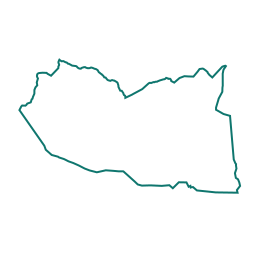 San Bernardo Mixtepec, Oaxaca, Mexico, rotated 355°
{"feature_id": "50627088B25547762924420", "entity_name": "San Bernardo Mixtepec", "entity_type": "district", "adm_level": 2, "iso_a3": "MEX", "parent_name": "Mexico", "parent_adm1": "Oaxaca", "projection": "robinson", "projection_center": [-96.925, 16.845], "detail": "fine", "context": "isolated", "style": "outline", "palette": "teal", "viewbox_px": 256, "rotation_deg": 355, "n_neighbors": 0, "source": "geoboundaries", "source_scale": "gbopen_adm2", "svg_char_len": 2713}
<svg xmlns="http://www.w3.org/2000/svg" viewBox="0 0 256 256"><g transform="rotate(355 128 128)"><path d="M231.5,74.2L231.0,74.6L230.2,74.5L229.4,74.6L228.1,74.9L227.2,75.2L216.4,85.0L213.7,82.2L212.5,80.4L212.2,79.9L212.1,79.2L210.5,77.5L208.3,75.6L207.4,75.3L204.4,75.5L202.3,77.9L197.7,82.5L192.7,81.9L188.7,81.3L183.7,82.7L178.0,86.8L175.2,85.0L175.1,84.1L174.5,82.9L174.1,82.6L173.5,82.6L172.7,82.6L172.1,82.3L172.0,82.0L171.6,81.9L170.4,81.4L170.3,81.5L169.3,82.3L168.4,82.6L167.6,82.6L163.3,83.5L162.7,83.8L161.8,84.0L161.0,84.4L159.6,84.3L159.0,84.4L158.3,84.7L157.7,84.6L157.4,84.5L154.9,85.2L153.9,84.9L153.5,84.9L152.5,85.3L145.6,90.5L136.0,94.6L135.0,95.1L128.0,97.7L128.1,96.3L128.0,95.8L127.8,95.5L126.9,94.8L126.6,94.2L126.4,92.9L125.0,90.4L123.5,90.1L122.1,86.3L122.1,84.6L121.5,82.0L121.0,81.4L119.4,80.2L118.6,79.7L118.3,79.5L117.6,79.4L116.8,79.0L116.1,78.9L114.4,79.5L114.1,79.3L112.9,78.9L112.1,78.5L111.8,78.3L110.7,76.8L110.1,75.8L108.8,75.5L107.8,73.6L107.5,73.4L107.2,73.2L106.8,72.6L106.5,72.2L105.4,71.4L104.5,70.4L103.9,70.0L103.7,69.7L103.4,69.0L102.8,67.7L102.4,67.4L101.2,66.5L100.7,66.3L99.9,66.1L98.1,65.1L96.8,64.6L96.1,64.6L95.4,64.9L94.9,65.0L94.5,65.0L93.1,64.9L91.7,64.4L90.5,63.6L90.1,63.6L89.3,63.6L87.5,64.0L86.7,64.3L86.2,64.8L84.9,64.6L83.9,64.1L82.9,63.2L82.4,62.4L81.6,61.8L77.9,61.0L77.5,60.8L76.7,60.2L74.7,58.9L73.8,58.7L73.4,58.2L72.6,57.4L71.6,57.1L71.1,56.8L70.6,56.5L69.6,55.8L69.0,55.7L67.8,55.8L66.4,54.8L66.0,54.4L65.6,54.0L65.4,54.3L65.2,54.6L65.0,55.1L64.7,55.6L64.5,56.1L64.4,56.7L64.5,57.2L64.6,57.8L64.8,58.3L64.9,58.7L64.9,59.2L64.0,60.7L63.8,62.3L55.9,69.2L54.1,68.0L52.6,67.0L51.7,66.0L47.7,65.5L45.2,65.5L44.3,65.5L43.4,65.7L42.5,66.3L42.2,66.7L42.1,67.2L41.8,68.3L42.0,69.4L42.6,70.8L41.1,74.6L41.3,77.6L39.4,79.4L38.1,81.9L37.7,85.7L36.0,88.8L35.4,90.5L34.5,91.1L33.5,93.7L33.3,94.0L29.8,94.9L28.7,96.2L27.8,96.8L24.5,96.4L23.5,97.3L21.4,100.7L30.2,116.0L43.1,138.4L44.2,142.5L46.6,145.0L49.6,148.2L55.8,150.5L56.7,151.3L58.8,152.2L61.4,153.3L63.1,154.3L65.8,156.0L70.4,158.1L75.8,161.1L81.3,164.6L86.0,166.9L93.1,169.4L102.2,168.2L110.2,169.5L114.6,170.3L119.6,170.8L130.0,181.9L132.8,185.1L136.8,186.6L145.3,187.1L156.6,188.6L164.2,188.6L167.4,191.9L173.9,186.5L181.5,187.3L183.3,191.8L185.1,191.1L185.3,192.7L185.6,192.6L187.6,192.5L191.2,196.2L201.6,198.2L209.8,199.8L231.5,202.0L231.1,199.3L234.6,195.5L234.1,191.9L233.1,188.7L231.1,187.1L230.6,182.3L232.5,177.9L232.3,174.6L232.5,173.4L231.9,172.5L230.6,168.6L230.7,124.8L224.4,122.4L217.3,117.5L217.5,115.3L220.4,108.0L220.9,106.6L225.1,100.2L225.6,96.1L226.1,94.0L226.2,92.6L227.1,82.0L227.4,81.1L227.9,79.2L228.4,78.0L231.5,74.2Z" fill="none" stroke="#0f766e" stroke-width="2"/></g></svg>